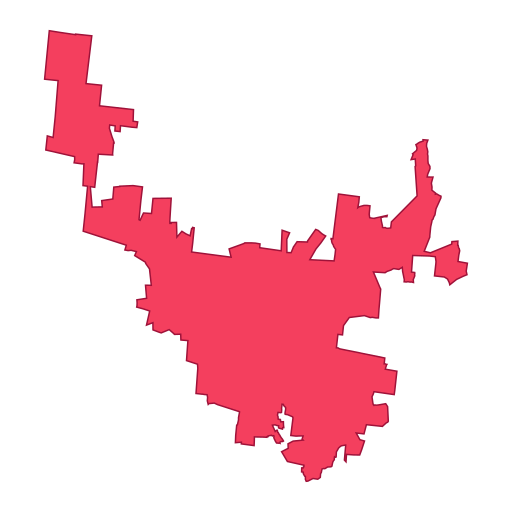 Motul, Yucatán, Mexico
{"feature_id": "50627088B18979328604802", "entity_name": "Motul", "entity_type": "district", "adm_level": 2, "iso_a3": "MEX", "parent_name": "Mexico", "parent_adm1": "Yucatán", "projection": "robinson", "projection_center": [-89.26, 21.165], "detail": "fine", "context": "isolated", "style": "filled", "palette": "rose", "viewbox_px": 512, "rotation_deg": 0, "n_neighbors": 0, "source": "geoboundaries", "source_scale": "gbopen_adm2", "svg_char_len": 6083}
<svg xmlns="http://www.w3.org/2000/svg" viewBox="0 0 512 512"><path d="M338.5,194.0L332.9,238.8L331.1,238.5L331.0,239.2L331.4,239.8L331.7,240.7L331.6,241.1L332.0,242.8L332.6,244.0L333.1,244.6L333.7,246.5L335.0,248.5L335.6,249.2L335.0,254.8L334.1,260.9L309.8,259.7L316.0,248.9L320.8,243.0L325.7,236.0L323.4,234.7L321.9,233.7L318.3,230.5L315.7,229.4L307.6,240.9L307.5,242.0L297.1,241.7L293.3,247.2L293.3,247.4L291.1,252.7L286.9,252.5L286.8,239.2L289.6,232.8L282.1,230.2L281.2,250.8L259.7,247.7L260.0,243.9L255.4,243.1L251.9,242.9L244.9,242.9L244.5,243.0L244.2,243.4L240.7,244.7L229.1,248.9L231.1,257.2L191.6,252.0L192.7,243.0L194.2,227.8L192.6,227.4L192.2,228.8L191.6,228.7L190.1,235.8L186.0,233.9L181.9,231.3L176.9,237.1L176.5,222.4L171.0,222.5L171.1,223.4L169.9,223.4L169.8,221.6L170.0,217.7L171.2,198.2L153.0,198.4L151.5,213.5L143.5,213.0L140.1,220.3L139.0,219.7L140.9,200.3L142.5,186.9L133.1,185.6L119.8,186.2L119.8,186.5L113.8,187.1L112.8,199.0L101.7,200.6L102.3,206.9L92.1,207.1L90.3,186.6L94.7,187.3L97.5,161.9L97.7,162.0L98.3,154.2L112.7,155.0L112.6,153.6L113.6,142.9L114.1,142.9L113.8,141.6L111.9,136.5L109.4,128.3L109.7,125.0L115.2,125.9L114.9,131.0L120.1,131.6L120.5,125.7L131.9,127.2L136.8,127.6L137.7,121.9L133.1,121.2L133.5,109.6L99.5,105.8L101.6,85.2L86.0,83.6L91.8,35.8L75.6,34.1L75.6,34.7L59.9,32.4L49.3,30.7L44.6,79.2L58.1,80.6L55.2,116.9L53.1,137.5L47.3,135.9L45.8,150.0L74.6,156.6L74.7,159.6L74.1,162.8L82.1,163.9L83.9,163.8L83.0,185.6L87.6,186.2L85.0,214.0L83.2,231.2L126.3,245.2L124.9,250.0L128.1,250.6L131.1,250.3L136.4,251.6L134.7,255.6L145.1,262.0L145.6,262.6L145.6,263.2L146.0,263.9L149.5,268.9L151.3,285.3L145.5,285.2L146.6,298.3L136.9,299.8L137.1,302.8L137.0,305.6L136.7,307.1L143.0,308.8L149.7,311.0L146.5,325.1L152.9,322.7L153.0,329.9L158.8,332.1L161.2,332.9L169.2,329.6L174.0,333.8L174.4,334.4L180.7,334.2L180.9,340.0L187.9,340.6L186.5,360.6L197.5,364.2L197.8,368.3L196.0,393.5L202.3,394.2L202.5,394.1L204.2,394.5L207.1,394.7L207.6,397.5L207.3,400.8L208.2,404.4L209.0,403.6L214.3,403.1L217.5,404.6L239.5,411.7L239.5,412.3L238.5,417.6L238.5,419.9L237.4,424.8L236.7,425.1L235.7,435.4L235.4,442.7L241.4,442.2L241.3,443.9L254.1,445.6L254.3,441.4L254.4,436.9L263.8,437.1L266.9,437.3L267.0,436.7L268.1,436.6L268.1,435.9L271.6,435.3L272.3,436.0L273.0,435.7L273.8,435.7L274.0,436.7L273.8,437.5L274.3,439.0L275.0,440.2L275.1,440.7L276.5,443.0L278.9,443.2L279.4,443.1L280.0,443.3L279.8,442.7L280.2,441.9L280.8,441.8L281.1,441.5L282.8,441.5L283.5,441.0L282.3,439.0L281.3,437.8L280.9,437.1L280.4,436.5L279.9,435.3L279.2,434.5L278.3,432.7L278.0,432.4L277.7,432.3L277.3,430.2L276.7,430.2L275.2,431.5L272.4,425.2L275.1,424.8L276.8,425.5L278.6,425.7L278.5,426.2L278.6,427.9L280.3,428.6L281.2,428.6L282.3,429.2L282.5,429.1L282.7,427.6L283.8,427.6L283.5,425.1L283.4,421.7L280.7,421.8L280.5,420.6L280.6,420.2L280.5,419.9L280.0,419.3L279.1,419.4L278.2,419.2L278.0,416.5L277.5,415.4L277.5,414.6L277.8,413.9L277.8,413.0L278.0,412.4L280.9,412.7L281.5,412.4L281.7,410.0L281.6,408.1L281.9,405.8L282.0,404.2L283.4,404.4L283.6,405.2L284.0,405.9L285.6,407.4L285.5,407.9L285.7,408.4L285.6,409.6L285.1,412.4L285.0,413.8L285.2,414.3L287.7,414.7L292.6,416.8L292.7,417.3L293.0,417.8L290.8,435.5L296.0,436.1L300.9,435.9L303.1,436.0L302.1,439.1L303.1,440.1L293.1,441.1L288.0,443.8L288.2,448.3L281.6,451.7L287.4,461.5L303.9,465.2L303.9,466.0L303.8,466.9L303.2,467.2L303.1,467.9L301.7,467.9L301.6,471.9L303.3,472.2L303.3,473.7L304.7,476.2L305.4,476.4L305.4,479.4L306.2,481.3L307.9,481.1L313.0,478.5L317.8,479.2L320.3,477.4L320.6,473.6L321.3,472.6L322.0,469.0L323.8,468.5L324.7,468.7L325.2,468.5L327.6,467.0L331.0,466.8L331.9,466.2L332.6,462.8L333.0,461.6L333.7,460.4L334.3,459.8L334.3,458.0L334.5,456.8L335.2,457.3L336.1,457.0L336.4,451.8L337.3,450.4L338.6,448.0L340.3,446.5L341.4,445.8L345.3,445.1L345.7,445.1L344.4,460.1L346.0,461.8L346.5,454.4L353.6,454.9L359.7,455.0L361.6,449.9L364.5,441.0L359.9,439.7L356.2,433.0L364.0,433.9L366.4,424.7L382.5,426.4L382.9,425.9L386.6,422.6L387.6,422.3L388.3,421.2L387.6,406.6L385.7,403.7L378.1,405.0L376.0,405.2L374.9,404.9L374.0,405.4L373.3,404.6L372.9,403.2L372.0,396.8L373.3,394.0L374.0,391.7L394.2,394.6L394.8,390.3L396.9,371.2L385.4,369.2L385.5,369.0L385.6,367.7L386.0,366.8L386.4,365.2L386.9,364.4L385.7,364.2L384.9,363.7L384.2,363.8L384.8,358.0L340.0,348.9L338.8,348.4L338.1,347.9L336.4,347.8L337.9,334.4L342.5,334.9L343.5,325.6L349.3,317.5L364.4,315.6L370.3,317.6L372.2,317.3L375.8,317.9L378.4,317.9L379.0,308.9L379.5,303.4L380.7,289.1L379.9,287.5L373.4,272.0L385.1,272.7L387.1,271.4L391.1,270.0L392.5,269.1L393.8,268.6L398.9,269.4L402.3,267.3L402.6,271.3L404.3,279.7L404.1,281.8L406.3,282.0L408.0,281.7L410.2,282.1L411.3,281.9L412.1,282.2L413.5,282.5L413.3,280.2L413.2,279.8L414.8,275.8L414.6,275.0L414.8,273.4L414.7,272.5L411.5,272.1L412.7,255.5L429.4,256.0L435.3,256.7L436.0,261.4L435.9,263.2L434.5,275.9L444.3,277.0L447.5,279.0L449.3,282.7L449.8,284.8L456.6,279.4L463.1,276.3L467.0,274.7L466.2,271.1L467.4,263.2L458.0,261.5L458.8,255.1L459.7,250.8L459.2,248.6L458.6,247.8L458.2,245.4L457.7,245.3L457.9,241.1L451.9,241.6L451.7,244.1L430.4,252.8L424.2,251.3L429.8,237.1L429.8,235.7L430.7,226.7L431.8,221.9L432.1,220.0L432.9,219.4L433.9,216.6L434.9,215.0L436.0,208.8L440.9,197.9L441.0,196.2L439.0,195.3L436.7,193.9L435.4,194.2L435.6,193.1L431.9,190.2L432.0,187.0L431.4,183.4L431.6,182.2L433.0,177.1L427.2,177.0L427.7,174.2L430.0,168.7L429.9,166.3L428.2,163.5L427.9,160.6L427.9,155.9L427.5,154.1L427.8,151.8L427.3,149.1L426.6,146.8L426.5,146.0L426.7,143.3L427.9,140.1L423.0,139.7L423.1,141.1L419.7,142.2L418.0,143.2L417.3,143.8L415.9,144.6L416.9,147.5L417.0,148.3L416.6,150.4L412.5,153.8L413.1,154.7L411.1,159.6L415.3,159.0L415.3,159.8L415.7,165.9L415.1,166.5L417.1,195.9L391.4,221.9L390.7,227.9L388.0,228.3L386.3,228.2L385.2,227.5L383.8,227.7L382.5,227.5L382.5,226.0L381.4,221.2L380.9,217.6L384.1,216.7L386.9,216.7L387.2,215.4L374.6,218.2L374.6,218.4L372.2,218.2L369.7,217.7L369.2,214.3L370.0,205.8L366.9,205.4L364.0,205.4L359.0,206.8L357.8,207.7L358.8,202.4L359.3,196.8L338.5,194.0Z" fill="#f43f5e" stroke="#9f1239" stroke-width="1.5"/></svg>